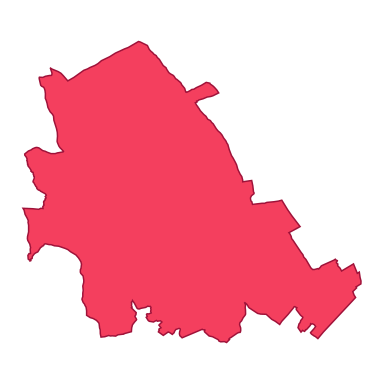 Poienari, Neamt, Romania (Natural Earth projection)
{"feature_id": "2599482B83480715242769", "entity_name": "Poienari", "entity_type": "district", "adm_level": 2, "iso_a3": "ROU", "parent_name": "Romania", "parent_adm1": "Neamt", "projection": "natural_earth1", "projection_center": [27.109, 46.891], "detail": "fine", "context": "isolated", "style": "filled", "palette": "rose", "viewbox_px": 384, "rotation_deg": 0, "n_neighbors": 0, "source": "geoboundaries", "source_scale": "gbopen_adm2", "svg_char_len": 5866}
<svg xmlns="http://www.w3.org/2000/svg" viewBox="0 0 384 384"><path d="M360.9,283.9L361.0,281.0L360.1,277.6L359.3,272.1L357.3,273.3L353.5,263.9L341.6,271.0L340.0,268.1L337.9,266.0L337.6,264.9L337.9,264.1L336.5,262.9L336.4,261.9L337.1,261.3L337.3,260.6L336.2,260.2L335.3,259.2L333.8,260.2L321.8,265.6L321.0,266.2L320.1,267.6L319.4,268.0L319.1,268.7L318.6,269.0L317.9,268.6L314.5,269.5L312.6,269.5L310.8,267.8L305.9,259.4L303.8,257.2L302.9,254.7L301.1,252.4L292.8,240.0L291.7,238.7L291.1,236.2L289.8,233.7L288.9,232.7L300.1,226.6L291.7,215.6L287.8,210.0L281.8,200.2L278.4,201.1L273.5,201.8L266.8,202.4L264.7,203.3L261.9,203.3L252.5,204.4L251.8,201.7L251.1,201.1L250.8,200.5L250.5,198.9L250.5,197.7L251.5,195.7L253.9,193.8L254.1,193.0L253.5,191.9L252.8,185.8L251.7,180.5L242.7,181.8L242.7,180.1L241.8,176.6L240.1,174.1L237.8,169.3L236.6,164.9L235.4,162.4L233.1,158.1L231.5,155.6L229.2,149.5L227.8,144.4L227.0,143.4L225.8,140.8L223.7,138.1L222.0,135.0L220.3,132.9L218.0,130.9L216.3,128.8L213.2,123.8L211.7,122.5L210.4,120.6L207.7,119.2L206.0,116.3L203.8,114.5L200.3,110.7L198.8,108.2L198.0,107.4L197.8,106.6L196.7,105.4L195.3,102.7L197.0,102.0L196.7,101.1L197.7,100.9L199.0,99.9L203.0,98.8L207.3,97.0L210.7,96.5L212.9,95.8L218.7,92.9L216.9,90.1L214.4,87.3L212.9,85.9L210.2,84.0L209.9,83.2L206.2,82.4L201.4,85.3L196.2,87.7L193.9,89.2L191.7,89.5L190.4,90.5L187.0,92.2L186.7,92.3L186.2,91.8L185.7,91.9L184.7,88.4L181.6,84.6L181.2,83.5L180.5,82.5L176.6,79.2L175.7,78.8L174.1,76.3L173.1,75.3L170.5,73.9L168.8,72.6L166.7,69.3L166.0,67.7L163.2,65.6L159.3,59.3L157.3,57.5L156.2,55.6L153.9,54.2L152.5,52.5L151.2,51.6L149.3,49.5L147.4,45.5L140.3,42.0L138.5,41.5L128.2,47.5L124.5,48.9L115.4,53.1L109.7,56.7L101.4,60.7L98.0,63.6L95.0,65.4L90.0,67.5L87.5,68.9L83.8,70.3L73.9,77.4L67.8,80.9L63.4,75.8L61.0,73.3L58.2,71.6L52.1,69.1L50.5,68.1L50.4,68.3L52.0,73.1L51.8,74.9L51.4,75.4L49.4,75.5L45.3,76.3L42.9,77.4L39.4,77.2L39.2,77.6L39.2,78.7L40.7,85.2L41.6,86.2L43.6,87.2L44.3,88.3L45.0,90.5L45.4,93.7L45.3,98.3L46.2,100.4L47.1,103.4L47.9,107.4L50.1,111.7L52.4,114.2L53.5,116.0L53.9,120.3L56.5,128.6L57.3,132.4L57.5,136.2L57.1,141.3L57.4,142.5L58.9,146.1L60.0,147.7L63.5,151.3L63.1,151.9L57.3,152.9L55.2,153.6L51.0,153.6L47.1,152.2L45.3,151.3L42.7,150.6L38.9,147.9L36.8,147.4L35.4,147.6L32.7,148.7L31.1,149.9L28.4,151.0L24.7,154.0L24.8,155.2L26.2,157.0L27.0,158.7L27.0,160.0L26.8,160.4L27.4,161.3L27.4,161.8L27.2,161.9L27.6,163.2L27.5,163.7L27.9,164.2L27.6,164.7L28.0,165.2L28.0,165.9L29.8,168.2L31.1,170.4L30.9,171.1L31.4,171.2L32.0,172.2L33.1,172.4L33.3,174.5L33.7,175.0L33.7,176.0L34.0,176.6L34.3,176.7L34.2,178.4L33.3,180.5L33.0,181.9L33.7,182.5L35.9,186.5L36.7,187.2L36.9,188.6L38.4,190.0L39.7,190.3L40.4,191.1L45.3,193.8L46.3,195.2L45.2,196.6L45.9,197.4L46.0,198.0L45.0,199.0L45.0,199.3L45.3,199.4L44.8,200.5L44.3,200.7L43.7,201.5L43.9,201.9L43.6,202.3L43.9,203.9L43.7,204.6L44.0,205.0L43.5,205.4L43.4,206.1L42.8,206.7L43.0,208.5L40.8,208.3L38.7,209.3L32.3,208.7L23.0,208.3L24.1,210.2L25.1,214.4L27.2,218.2L28.4,221.0L28.0,222.1L28.6,225.2L28.6,231.9L27.5,236.7L27.4,238.8L27.8,240.5L29.8,244.1L30.6,247.8L30.3,248.6L30.2,249.8L30.5,253.5L29.0,253.6L27.9,255.4L28.2,259.1L28.8,259.7L29.7,259.8L30.0,261.0L30.9,260.6L31.0,258.9L32.1,258.5L32.4,256.4L34.3,253.9L35.5,253.0L37.8,251.9L40.5,247.6L41.9,246.7L42.2,246.1L43.5,245.7L44.3,244.2L45.6,243.8L49.0,244.6L51.3,244.7L54.4,245.8L58.7,246.2L65.1,248.4L67.9,249.6L70.6,251.8L75.9,254.9L78.5,257.9L80.1,260.4L81.0,262.0L81.5,264.2L81.0,268.4L80.4,269.6L80.3,272.1L80.8,273.4L83.1,276.0L83.8,280.4L83.7,282.5L82.8,286.0L83.2,290.4L82.8,293.1L82.8,296.5L82.1,298.5L82.0,299.5L83.2,302.5L84.5,304.1L85.0,305.4L86.1,307.3L86.6,310.8L86.6,315.3L90.2,317.6L93.2,318.5L96.5,320.4L98.7,322.8L99.1,323.7L99.6,328.1L100.2,329.8L100.3,333.7L101.0,337.1L104.9,336.7L108.6,335.5L110.7,336.0L112.0,335.8L115.7,336.1L117.9,334.8L123.8,334.1L124.0,333.7L131.4,331.7L131.7,327.8L132.5,324.8L134.6,322.0L136.4,320.0L136.6,319.6L136.3,318.8L135.0,316.6L135.2,315.6L135.8,315.0L136.1,313.9L135.9,313.7L136.2,312.6L131.4,307.8L132.1,307.2L131.5,305.5L131.7,303.9L131.4,302.3L131.5,302.0L132.3,301.7L132.5,300.6L134.2,302.9L137.0,308.2L138.0,308.9L139.6,308.9L141.0,308.3L145.7,307.4L147.7,306.2L149.7,306.5L150.4,306.4L151.0,307.5L150.7,308.3L151.0,309.8L150.6,311.2L151.2,312.9L148.9,313.9L147.1,313.8L146.6,314.2L146.5,314.7L147.3,316.4L146.2,317.3L148.2,320.5L149.3,321.3L153.5,322.0L156.4,320.4L157.3,321.2L160.4,320.8L161.7,321.8L161.9,322.0L158.9,325.1L161.0,327.8L159.1,328.9L158.9,329.3L159.3,330.4L158.6,331.1L158.4,331.9L163.3,335.4L168.2,332.0L169.7,332.6L172.3,334.4L174.1,332.7L174.7,331.1L175.8,329.5L179.1,328.4L180.0,328.7L180.3,329.6L179.6,331.9L179.4,333.9L179.9,335.7L182.1,337.8L202.2,329.3L203.1,329.8L204.8,329.8L204.9,330.2L204.4,331.2L204.6,331.9L209.1,336.0L212.5,336.7L217.9,339.5L218.6,340.2L218.9,341.0L220.6,341.8L224.4,341.6L226.6,342.5L229.5,339.6L228.9,339.1L230.2,337.8L230.8,337.6L237.5,333.0L238.9,332.5L240.1,332.4L240.4,332.0L240.7,330.7L240.7,328.8L240.6,327.7L239.6,324.9L239.7,323.3L240.0,322.5L241.6,320.8L243.1,317.8L245.1,315.2L245.6,314.1L245.5,309.8L245.2,307.6L245.5,305.2L245.3,304.0L244.4,302.3L246.7,304.1L247.8,305.7L248.3,306.8L249.1,307.8L257.6,313.4L260.7,314.1L266.2,314.3L271.7,319.3L275.3,321.3L279.7,324.5L281.7,321.4L288.0,314.5L293.5,307.8L294.0,306.9L294.8,306.6L296.9,307.8L296.2,308.8L296.3,309.6L300.6,315.3L302.8,317.1L302.8,317.6L302.0,319.0L300.8,320.4L300.1,322.6L299.0,323.9L298.0,327.7L301.0,332.1L302.6,330.4L304.5,331.4L305.1,330.8L305.6,329.7L306.4,329.7L310.2,325.5L310.5,324.8L310.6,323.9L311.1,324.3L311.8,323.8L312.2,323.7L314.3,324.7L315.6,326.5L314.1,328.6L310.7,332.4L310.5,332.8L311.5,334.1L314.2,336.0L315.3,336.5L317.9,338.6L323.5,331.9L355.6,297.5L354.1,295.1L352.8,291.6L356.6,287.9L356.0,286.9L360.9,283.9Z" fill="#f43f5e" stroke="#9f1239" stroke-width="1.5"/></svg>